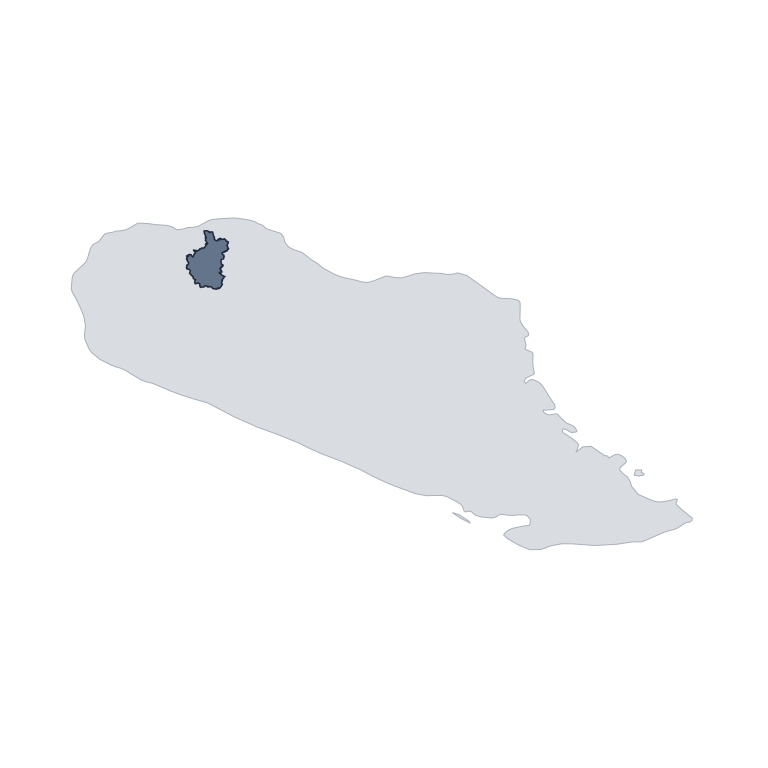 Sakaraha, Atsimo-Andrefana, Madagascar (highlighted), rotated 97°
{"feature_id": "10022922B49716742274905", "entity_name": "Sakaraha", "entity_type": "district", "adm_level": 2, "iso_a3": "MDG", "parent_name": "Madagascar", "parent_adm1": "Atsimo-Andrefana", "projection": "natural_earth1", "projection_center": [44.417, -22.83], "detail": "fine", "context": "in_parent", "style": "filled", "palette": "slate", "viewbox_px": 768, "rotation_deg": 97, "n_neighbors": 0, "source": "geoboundaries", "source_scale": "gbopen_adm2", "svg_char_len": 9023}
<svg xmlns="http://www.w3.org/2000/svg" viewBox="0 0 768 768"><g transform="rotate(97 384 384)"><path d="M493.1,78.4L494.9,83.4L497.1,88.1L503.9,99.7L506.7,104.2L509.2,108.9L510.4,118.3L514.6,133.0L518.6,155.1L519.7,177.7L520.9,188.1L524.0,197.9L529.1,208.0L530.7,219.3L527.4,230.9L522.7,241.9L521.5,243.9L519.4,246.7L518.4,246.6L514.7,243.8L511.7,239.1L508.0,228.3L506.7,222.7L505.1,221.9L500.6,222.3L497.4,225.8L496.8,227.9L497.4,234.1L498.6,239.6L499.1,245.2L499.1,252.3L500.3,254.4L502.1,256.2L503.9,260.8L504.1,271.8L503.0,277.4L499.8,282.2L500.0,284.8L501.1,287.5L500.0,289.2L495.8,291.3L494.1,293.1L491.8,297.9L488.1,307.9L487.5,312.9L489.7,328.4L489.0,339.3L484.2,360.2L481.4,370.2L477.6,382.0L471.7,397.7L465.8,417.3L460.8,437.5L457.1,449.7L452.9,461.6L447.2,482.8L442.3,504.3L435.1,527.9L425.2,554.3L424.1,557.7L422.0,571.2L419.8,582.9L417.1,594.5L411.6,613.6L410.9,619.5L409.7,625.2L404.4,637.2L402.1,641.7L400.6,646.4L399.6,652.4L398.1,658.2L394.2,668.9L388.4,678.1L384.6,681.4L376.2,686.3L371.9,687.3L362.5,687.4L353.4,690.1L343.9,695.5L334.8,701.6L331.3,704.4L327.4,706.1L315.4,706.4L311.8,705.1L299.7,695.1L295.0,693.5L286.2,692.1L283.5,691.2L281.1,689.9L277.5,684.7L270.4,680.3L268.7,678.9L267.6,675.9L266.8,672.6L265.0,668.9L263.6,661.9L261.3,657.0L254.7,648.4L254.0,645.6L253.5,636.4L253.7,630.2L253.0,618.8L253.8,613.5L256.1,608.7L255.1,603.5L252.7,598.0L251.7,592.3L249.9,587.2L243.0,577.9L241.4,573.3L240.3,568.6L237.6,553.8L237.3,548.7L237.7,537.8L238.6,532.2L240.3,528.3L240.7,525.4L241.8,522.9L243.4,520.9L244.5,518.5L247.1,504.7L250.3,501.6L255.2,499.8L259.1,496.2L261.3,491.3L263.5,481.2L269.6,471.2L271.8,465.9L276.8,457.9L281.1,446.7L282.5,441.4L283.4,436.0L284.5,424.2L285.4,418.3L285.2,412.4L282.7,406.4L276.7,395.5L276.5,393.5L277.0,385.4L276.5,379.5L274.3,373.7L271.4,368.2L268.6,357.9L267.3,340.9L267.6,334.8L266.7,329.4L264.7,324.2L266.2,315.1L284.1,282.2L284.7,278.3L283.9,268.3L284.3,262.4L284.9,260.3L286.3,259.0L289.4,258.4L303.9,256.9L305.8,255.9L309.4,253.2L314.4,247.8L316.7,246.3L318.6,246.8L319.9,249.1L321.5,250.4L327.4,247.9L329.6,247.9L331.9,248.3L333.0,246.0L333.7,243.0L334.5,240.9L336.1,239.7L343.6,239.1L348.5,238.2L354.7,236.1L356.0,236.5L361.0,244.1L362.6,244.7L364.5,245.0L366.2,243.6L362.2,239.7L361.5,237.5L361.8,234.9L364.0,229.5L367.6,225.4L375.8,219.1L384.2,211.8L386.7,211.3L388.7,212.5L390.3,221.1L390.1,222.5L391.5,222.7L393.0,221.6L394.4,218.1L394.5,215.3L393.4,212.5L392.8,210.2L392.8,208.0L397.1,203.0L400.5,198.1L402.1,192.4L403.4,189.7L407.0,186.7L408.0,187.2L408.8,189.6L409.3,192.2L408.4,194.8L407.1,197.3L406.5,200.7L408.5,201.3L410.4,200.5L413.2,194.4L416.4,188.6L418.3,185.6L420.6,183.5L424.6,184.0L428.4,185.2L422.2,179.2L420.7,170.8L428.1,156.4L428.2,153.4L429.3,152.4L429.8,151.3L426.0,146.4L425.3,144.0L425.8,140.3L427.6,137.0L429.3,134.8L431.7,133.9L433.5,135.1L437.7,139.2L440.4,139.8L443.8,135.9L446.6,131.1L450.7,127.8L455.4,125.8L462.6,118.2L467.3,102.4L467.7,97.8L466.7,92.2L465.1,86.9L462.4,80.2L463.1,78.7L467.0,79.6L468.3,78.7L472.6,72.8L479.6,61.6L481.9,61.6L483.9,63.7L484.6,66.8L486.0,69.0L490.7,74.4L493.1,78.4ZM444.0,122.8L444.1,124.5L438.7,123.8L437.9,117.8L440.5,117.7L441.1,115.2L442.7,114.9L444.4,120.2L444.0,122.8ZM507.9,291.7L503.3,300.5L504.7,293.2L510.0,282.6L511.5,281.8L507.9,291.7Z" fill="#d9dde1" stroke="#a8b0b8" stroke-width="1"/><path d="M310.4,562.1L310.3,561.9L310.2,561.4L309.1,561.0L309.0,560.8L308.9,560.6L309.3,560.4L309.3,560.2L309.4,559.8L309.4,559.4L309.2,559.1L308.7,558.9L308.6,558.6L308.4,558.6L308.3,558.4L306.7,557.4L305.8,557.2L305.1,556.6L304.7,556.5L304.2,557.0L304.1,557.3L303.7,557.5L302.9,557.5L302.1,557.2L301.6,557.2L301.4,557.3L300.9,557.0L300.7,557.2L300.6,557.5L300.4,557.5L299.5,557.0L299.1,556.4L298.4,556.0L298.2,555.9L297.8,556.0L297.5,555.8L297.2,555.7L297.0,555.4L296.7,555.2L296.7,555.4L296.7,555.9L296.4,556.4L296.2,556.6L296.1,557.1L296.0,557.3L296.1,557.6L296.0,557.9L295.7,558.2L295.5,558.5L295.4,558.6L295.3,558.9L295.0,559.0L294.8,559.2L294.5,559.2L294.3,559.3L294.4,560.2L294.3,560.8L293.7,561.1L293.4,561.0L293.2,560.9L292.8,559.1L292.6,558.6L292.4,558.6L292.2,558.6L291.9,559.0L291.4,559.2L291.2,559.6L290.9,559.8L290.7,559.8L290.6,560.3L290.2,560.3L290.2,560.2L290.0,560.3L290.1,560.5L289.9,560.6L289.6,560.6L289.4,560.8L289.3,560.7L289.2,560.5L289.2,560.1L288.9,560.2L288.7,560.5L288.4,560.4L288.3,560.1L288.0,559.9L287.8,559.9L287.8,559.7L287.9,559.4L287.7,559.2L287.4,558.9L287.0,558.8L286.8,558.4L286.6,558.4L286.4,558.6L286.1,558.2L285.9,558.1L285.7,558.2L285.7,558.5L285.4,558.6L285.3,558.9L285.6,559.4L284.5,560.1L283.8,560.2L282.9,560.6L282.1,560.8L281.6,560.7L280.9,560.8L280.1,560.4L279.8,559.8L279.6,558.9L279.4,558.8L279.1,558.5L278.8,558.4L278.1,558.4L277.9,558.3L277.3,558.5L277.1,558.3L276.8,558.2L276.5,558.3L276.2,558.6L275.6,558.7L275.4,559.6L275.0,560.0L274.6,560.1L274.3,560.3L273.7,560.4L273.7,560.6L273.3,560.4L273.1,559.9L272.9,559.5L272.5,559.3L272.6,558.5L271.5,557.9L271.6,557.6L271.4,557.6L271.3,557.3L271.4,557.1L271.0,557.0L271.1,556.2L270.0,555.8L269.5,555.7L269.6,555.4L269.3,554.9L269.2,554.9L268.6,554.8L268.4,555.0L268.4,555.5L268.0,555.3L267.9,555.3L267.3,555.9L267.0,555.9L266.5,556.1L266.3,556.1L266.1,556.5L265.5,556.9L264.9,556.5L264.2,556.5L263.5,555.9L263.2,556.0L262.8,555.8L262.6,555.9L262.2,555.9L261.9,556.1L261.6,556.4L261.6,556.6L261.8,556.7L261.5,557.1L261.6,557.3L261.6,557.5L261.3,558.0L260.9,558.5L260.2,558.7L260.0,558.9L259.3,560.2L259.4,560.4L259.6,560.6L259.8,560.6L259.9,560.8L259.8,561.2L259.9,561.5L260.1,561.7L260.1,562.1L260.1,562.6L259.9,562.9L260.0,563.4L259.7,563.5L259.5,563.8L259.4,563.9L259.5,564.1L259.4,564.5L259.7,564.7L260.0,564.6L260.2,564.4L261.1,564.7L260.9,565.2L260.7,565.4L260.4,565.6L260.3,566.0L260.6,566.3L260.9,566.5L261.2,566.5L261.7,566.7L261.8,566.9L262.2,567.0L262.2,567.4L262.0,568.6L261.9,568.8L261.6,569.1L261.5,569.6L261.3,569.7L260.6,570.3L259.9,570.0L259.1,570.2L258.9,570.3L258.8,570.7L258.7,570.7L257.9,571.1L257.5,571.2L257.0,571.6L256.7,571.8L256.3,571.8L255.9,572.0L255.4,572.1L255.0,572.3L254.5,572.4L254.1,572.6L254.1,573.8L254.3,574.9L254.5,575.3L255.0,575.6L254.9,575.7L254.8,575.8L254.5,575.8L254.3,575.8L254.2,576.0L254.1,576.3L254.1,576.6L254.1,576.8L253.7,577.3L253.5,578.5L253.5,578.9L253.6,579.6L253.8,580.2L254.1,580.6L254.2,580.9L254.1,581.1L254.9,581.1L255.6,580.6L255.8,580.6L256.5,580.6L258.1,579.4L258.4,579.3L259.2,579.3L259.4,579.2L259.7,578.8L259.9,578.3L260.1,578.2L260.5,578.7L261.0,579.1L261.1,578.9L262.0,578.5L262.5,578.5L262.8,578.7L263.2,578.8L263.5,578.5L263.8,578.1L264.1,577.9L264.7,577.3L265.0,577.0L265.8,576.3L265.9,576.2L266.1,576.2L266.2,576.3L266.6,576.6L266.4,577.2L266.3,577.8L266.6,578.1L267.0,578.2L267.3,577.8L267.5,577.4L267.9,577.5L268.3,577.7L268.6,577.7L269.5,578.2L270.2,578.9L270.5,578.9L271.0,579.3L271.2,579.6L271.2,579.8L271.2,580.0L271.0,580.4L271.3,581.0L271.3,581.5L271.4,581.8L271.6,582.0L272.0,582.1L272.2,582.5L272.3,583.1L272.4,583.4L272.6,583.5L272.9,583.3L273.4,583.6L273.9,584.7L274.0,584.8L274.2,585.1L274.4,585.3L274.6,585.3L274.7,585.5L274.7,585.8L275.1,586.2L275.2,586.5L274.3,586.7L274.2,586.9L274.3,587.0L274.4,587.3L274.7,587.5L275.0,587.2L275.8,587.6L275.4,587.8L274.2,588.9L274.1,589.1L274.3,589.3L274.7,589.2L275.8,588.1L276.9,587.2L277.4,587.6L278.2,587.9L278.2,588.1L278.5,588.1L278.9,588.5L279.8,588.6L280.6,588.8L281.0,588.9L281.1,589.2L280.4,590.4L280.2,590.5L279.8,590.6L279.2,591.1L279.0,592.4L279.0,592.6L279.2,592.9L279.5,592.9L279.6,593.0L279.6,593.6L279.8,593.9L280.1,594.2L280.1,594.5L280.6,594.8L280.9,595.4L281.0,595.5L281.2,595.1L281.2,594.2L281.9,595.0L282.1,595.0L282.2,594.9L282.4,594.9L282.5,594.7L283.0,594.7L283.2,594.8L283.3,595.2L283.9,595.2L284.4,595.0L284.8,594.5L285.3,594.5L285.7,594.2L286.1,593.9L286.5,593.6L286.9,593.1L287.5,593.0L287.7,592.8L288.4,592.6L288.7,592.6L288.9,592.8L289.9,594.0L290.3,594.3L290.5,594.3L290.8,594.1L291.4,594.0L291.6,594.1L292.2,594.3L292.3,594.3L292.8,593.7L293.1,593.8L293.5,594.0L293.8,593.7L293.8,593.0L294.0,592.0L294.0,591.6L294.0,591.3L294.6,590.5L294.9,590.2L295.2,590.1L295.4,590.1L296.5,590.3L297.4,590.3L297.8,590.5L298.3,590.0L299.0,588.8L299.2,588.7L299.5,588.7L299.8,588.3L300.1,587.4L300.8,586.4L301.1,586.3L301.4,586.4L302.0,586.4L302.4,586.2L302.7,585.8L302.9,585.2L303.2,584.8L303.4,583.9L303.5,583.9L303.6,584.2L303.9,584.4L304.1,584.4L304.8,584.1L306.2,584.3L306.6,584.1L307.2,583.7L307.5,583.5L307.3,583.2L307.3,582.7L306.9,582.2L306.9,581.8L306.7,581.7L306.4,580.9L306.6,580.7L306.9,579.1L308.1,579.0L309.1,578.7L309.4,578.4L309.9,578.4L310.1,578.3L310.4,577.8L310.4,577.4L310.0,576.9L309.7,575.6L309.7,574.5L309.0,574.3L308.5,573.8L308.5,573.1L308.1,572.4L308.1,572.2L308.2,571.8L308.9,571.4L309.1,571.1L309.1,570.8L309.1,570.5L308.7,570.2L308.8,570.1L308.9,569.9L309.0,569.6L308.8,569.3L308.7,568.7L308.5,568.3L308.4,568.0L308.5,567.8L308.9,567.2L309.4,566.2L309.6,566.1L309.9,565.9L310.1,565.6L310.2,565.1L310.1,564.6L310.2,563.5L310.3,563.3L310.2,563.0L310.4,562.1Z" fill="#64748b" stroke="#1e293b" stroke-width="1.5"/></g></svg>